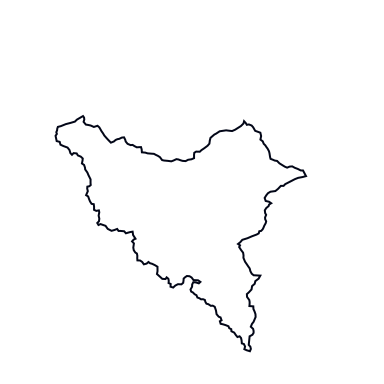 outline of Morretes, Paraná, Brazil, rotated 309°
{"feature_id": "56859067B69692518230382", "entity_name": "Morretes", "entity_type": "district", "adm_level": 2, "iso_a3": "BRA", "parent_name": "Brazil", "parent_adm1": "Paraná", "projection": "orthographic", "projection_center": [-48.868, -25.508], "detail": "fine", "context": "isolated", "style": "outline", "palette": "ink", "viewbox_px": 384, "rotation_deg": 309, "n_neighbors": 0, "source": "geoboundaries", "source_scale": "gbopen_adm2", "svg_char_len": 4279}
<svg xmlns="http://www.w3.org/2000/svg" viewBox="0 0 384 384"><g transform="rotate(309 192 192)"><path d="M182.4,59.5L179.5,58.4L175.8,57.0L173.0,56.7L169.1,54.0L165.3,51.2L160.6,48.6L158.2,46.8L156.5,47.4L154.9,48.4L153.1,48.9L152.1,50.4L149.8,50.6L146.4,54.8L147.7,57.6L146.0,60.0L146.8,63.2L148.2,67.3L147.5,70.4L145.7,73.0L145.4,75.3L147.7,75.5L149.4,78.1L148.6,80.3L149.5,83.3L149.3,86.0L147.6,87.1L144.9,88.5L145.1,91.1L143.6,93.5L142.3,94.8L141.3,98.4L139.9,101.0L139.0,103.0L138.0,105.2L135.0,107.6L133.7,108.9L131.9,108.6L130.3,107.3L128.7,108.4L127.1,110.5L122.9,111.7L123.2,114.1L121.7,116.5L120.5,118.7L119.6,121.4L120.7,123.3L118.9,125.2L116.5,127.1L117.1,129.5L119.1,131.2L117.9,132.7L114.9,134.3L112.9,136.8L110.7,138.1L108.3,137.9L107.5,140.1L109.5,141.1L111.3,146.1L110.3,149.7L111.2,153.9L113.6,155.6L116.2,157.1L115.5,159.4L117.0,161.3L118.8,164.0L118.3,166.6L120.6,168.2L122.0,169.2L123.8,170.8L121.5,173.3L120.1,177.5L118.3,176.6L115.9,176.5L115.5,179.2L111.8,181.4L110.1,183.4L109.3,186.0L109.5,187.9L108.1,189.6L106.1,191.1L104.5,192.6L106.1,194.8L106.3,197.3L105.5,200.1L107.8,201.8L110.2,202.2L110.2,204.1L111.1,206.2L111.8,209.2L112.2,212.2L108.8,215.0L106.2,216.4L106.0,220.6L105.8,223.6L107.7,226.2L109.7,226.0L109.7,228.2L108.4,229.8L106.5,231.1L107.1,233.3L104.9,234.9L105.9,237.5L108.8,237.9L111.5,239.1L113.6,241.9L115.9,242.3L117.9,241.1L119.5,240.0L121.5,240.3L123.5,240.9L125.0,243.1L125.3,245.5L124.5,248.6L127.2,252.3L127.4,255.1L125.3,254.8L124.2,252.0L122.7,249.8L120.3,250.3L118.4,251.7L115.3,252.2L114.1,254.0L114.5,256.1L114.2,258.3L114.6,260.4L113.4,262.6L114.1,264.6L114.3,266.6L115.6,268.0L116.2,269.9L115.0,271.6L114.3,273.5L115.1,275.3L115.4,278.3L116.7,279.6L117.1,281.9L115.0,285.2L112.5,288.0L111.9,291.3L112.5,293.1L110.9,295.7L109.1,295.0L107.6,297.2L108.7,299.4L109.7,301.9L110.6,304.8L109.6,306.7L110.1,308.8L108.6,310.3L109.3,313.3L108.4,316.1L107.9,318.6L109.8,319.8L109.4,322.0L107.9,323.9L105.7,326.0L106.5,328.0L105.3,330.5L102.8,331.6L103.4,334.0L104.7,337.2L107.1,336.5L108.5,334.7L108.9,332.3L116.1,327.6L119.1,328.8L121.3,328.5L122.8,327.3L124.1,325.6L124.3,322.5L127.3,321.6L129.7,321.6L134.9,320.1L137.0,318.2L138.4,316.0L139.7,313.4L141.7,311.6L139.5,308.4L141.0,307.4L142.7,306.1L144.1,304.5L145.1,300.8L147.2,298.9L149.5,299.3L153.7,299.6L156.7,297.9L160.1,298.5L162.6,297.3L166.6,298.3L170.0,297.7L166.1,292.3L166.1,289.8L167.2,287.2L168.9,284.9L169.6,282.4L170.3,280.2L171.2,277.1L173.2,273.4L175.2,271.9L177.0,269.9L177.8,266.6L178.9,263.3L180.8,262.9L180.6,260.5L183.2,261.1L186.5,261.2L191.0,264.2L195.2,266.4L199.6,269.0L201.8,269.9L203.9,269.0L205.2,270.2L207.4,270.4L209.3,270.0L211.2,269.4L214.1,268.9L215.9,268.1L216.9,266.0L218.2,264.8L220.9,264.0L221.6,262.2L223.6,260.1L226.3,259.8L229.2,260.4L230.8,259.8L233.1,260.6L232.9,258.0L231.4,254.9L233.1,252.2L236.3,251.8L238.9,251.8L241.6,252.8L245.2,256.2L248.6,256.9L252.7,257.2L254.4,259.3L256.8,259.5L266.8,263.9L269.8,265.6L273.2,268.5L276.1,270.6L278.6,264.7L277.2,263.0L276.5,259.7L275.5,256.7L275.0,253.8L273.2,251.9L270.8,250.6L270.1,248.2L269.7,245.1L269.3,241.9L269.7,238.6L268.5,236.5L267.9,234.3L267.2,232.2L268.2,230.8L270.9,227.8L272.1,226.2L273.3,223.4L273.8,221.4L274.4,219.6L274.6,217.4L275.9,215.1L275.8,212.2L279.0,210.5L281.1,207.8L279.3,202.6L280.8,198.8L281.2,196.5L280.3,193.7L278.7,192.3L279.4,190.5L279.8,187.9L277.6,188.9L274.0,188.5L267.5,186.3L264.6,184.8L263.0,182.3L261.4,179.7L256.6,175.3L252.5,174.0L250.7,173.2L245.7,172.3L243.3,173.4L240.5,175.1L237.7,175.0L233.4,173.9L230.5,173.0L228.2,172.7L226.0,169.8L223.9,169.1L222.3,170.1L219.6,172.3L217.1,171.0L214.6,168.7L212.0,167.6L210.2,165.0L209.4,163.0L208.7,160.9L207.7,159.2L204.6,157.7L202.8,156.6L201.1,153.8L198.9,150.5L198.0,148.7L198.9,145.1L198.6,142.6L198.1,140.6L197.7,138.4L196.5,136.7L194.1,133.2L193.2,130.9L191.3,128.1L193.5,126.0L194.8,124.1L193.3,122.4L192.0,121.0L191.5,118.7L191.2,116.2L189.8,114.8L188.9,111.6L189.5,108.7L190.6,107.2L191.7,104.8L190.1,103.2L187.5,102.0L186.1,100.8L184.4,99.9L182.1,99.5L179.3,97.9L179.8,93.8L180.2,91.2L180.7,88.3L181.6,85.9L182.3,83.4L183.1,81.4L183.9,79.3L184.0,76.9L180.8,74.8L179.9,71.4L178.7,69.0L177.6,67.1L178.3,63.6L180.5,62.7L181.9,61.3L182.4,59.5Z" fill="none" stroke="#020617" stroke-width="2"/></g></svg>